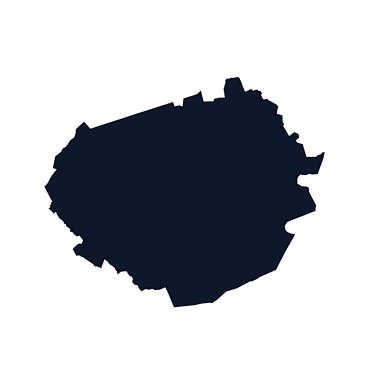 the district of San José Iturbide, Guanajuato, Mexico, rotated 335°
{"feature_id": "50627088B9670324161736", "entity_name": "San José Iturbide", "entity_type": "district", "adm_level": 2, "iso_a3": "MEX", "parent_name": "Mexico", "parent_adm1": "Guanajuato", "projection": "orthographic", "projection_center": [-100.403, 21.001], "detail": "fine", "context": "isolated", "style": "filled", "palette": "ink", "viewbox_px": 384, "rotation_deg": 335, "n_neighbors": 0, "source": "geoboundaries", "source_scale": "gbopen_adm2", "svg_char_len": 5771}
<svg xmlns="http://www.w3.org/2000/svg" viewBox="0 0 384 384"><g transform="rotate(335 192 192)"><path d="M123.3,83.6L115.7,86.0L113.8,86.7L112.2,89.8L109.4,92.8L109.1,93.4L103.8,94.4L99.1,97.4L98.6,97.5L98.1,97.8L97.6,98.4L97.4,98.9L97.1,98.7L96.5,98.5L93.1,98.8L91.6,100.4L91.2,100.7L90.4,100.8L89.7,101.2L83.6,102.6L77.0,111.4L80.1,114.1L79.7,114.6L79.0,115.1L77.8,115.8L75.7,116.7L72.8,118.2L69.1,120.6L65.9,123.2L64.3,124.2L61.3,125.3L61.7,136.4L62.2,142.6L60.4,142.6L60.2,143.5L60.0,144.0L58.9,144.5L58.1,144.7L58.4,146.1L57.7,146.3L57.0,146.8L56.1,146.8L57.0,149.1L57.5,150.0L58.0,152.2L59.0,151.5L59.7,151.7L60.6,151.9L61.0,152.1L61.0,152.5L61.1,154.3L60.7,155.6L61.2,156.4L61.3,158.6L61.6,160.0L62.0,160.3L62.5,161.6L63.4,162.9L63.2,163.7L63.8,164.4L63.9,164.8L63.6,166.0L63.7,166.5L64.6,167.4L64.7,167.7L65.1,168.0L64.8,168.4L64.9,169.0L64.5,169.4L64.6,170.2L65.3,171.1L65.6,171.5L66.2,172.9L66.2,173.4L66.3,173.7L66.5,173.9L66.8,174.0L67.0,174.3L67.3,174.8L67.2,175.8L67.1,176.0L66.6,176.1L66.1,175.6L65.9,175.6L65.8,175.9L65.9,176.4L66.9,176.8L67.6,177.5L67.7,177.9L67.5,178.2L67.7,179.2L68.6,181.5L69.0,182.2L69.5,182.9L70.0,183.2L70.7,183.1L70.7,182.4L70.8,182.1L70.9,182.3L71.1,182.4L72.0,183.1L72.4,184.1L72.5,184.9L72.9,186.2L73.0,187.2L73.4,188.6L73.5,188.7L74.0,189.2L74.6,189.4L74.8,190.0L73.3,190.3L73.1,190.9L72.6,191.0L72.1,191.5L71.1,192.1L70.1,193.0L70.0,193.8L69.5,193.4L69.1,192.7L68.6,192.3L67.6,191.7L67.0,191.7L65.3,192.1L62.8,193.0L62.5,192.9L61.9,193.3L61.1,193.6L60.5,193.9L61.0,200.4L61.5,200.2L62.6,200.9L63.1,201.1L63.6,201.3L64.3,201.9L64.6,202.3L64.8,203.3L65.4,203.2L73.2,216.3L72.9,216.4L72.9,217.0L73.0,217.2L73.1,217.6L73.9,218.1L75.0,218.8L76.4,220.4L76.9,220.8L77.4,221.6L84.4,214.8L84.9,215.2L85.2,216.0L85.5,216.2L85.5,216.9L85.6,217.1L86.4,217.9L86.7,218.6L87.0,220.1L87.4,220.9L87.4,221.2L87.6,221.5L87.6,221.9L87.4,222.1L87.8,222.4L88.1,223.4L89.4,225.2L89.8,226.1L89.9,226.8L90.7,227.3L90.7,227.9L90.5,228.6L90.5,229.2L90.7,230.3L90.6,230.6L91.1,231.8L91.2,232.5L90.9,233.2L90.7,233.4L90.7,234.3L91.2,234.0L92.3,233.9L93.0,233.6L93.3,233.3L98.9,235.0L99.5,235.7L99.6,236.0L100.3,236.4L100.6,236.8L100.5,237.0L100.1,237.9L100.0,238.5L100.5,239.0L100.4,239.4L100.4,239.7L100.8,240.3L100.7,241.1L100.8,241.6L101.5,242.0L102.1,242.1L102.8,246.3L102.5,246.7L101.3,247.3L101.1,247.6L100.9,248.2L100.7,248.5L100.7,249.4L100.7,249.5L101.5,250.4L101.5,251.4L101.7,251.6L103.0,252.4L103.5,252.5L103.9,252.9L103.9,253.1L104.0,253.1L104.2,253.7L103.9,256.2L104.6,259.7L107.1,259.8L107.8,259.5L108.7,259.5L108.8,259.6L109.2,259.7L109.3,259.6L109.5,259.7L109.9,260.2L110.2,260.3L110.6,260.3L110.8,260.6L111.3,260.9L111.5,261.4L112.6,261.9L113.2,261.7L114.6,262.1L115.7,262.7L116.5,262.8L116.5,263.0L117.3,263.5L117.2,264.1L117.1,264.3L117.4,264.5L117.9,264.9L118.5,264.7L118.9,264.8L118.9,265.2L119.0,265.3L119.4,265.0L120.8,265.9L121.2,265.8L121.5,266.2L122.0,266.2L122.9,266.2L128.4,266.3L128.2,269.7L128.5,269.8L127.7,288.3L146.7,294.9L153.9,296.5L163.4,299.8L163.2,300.2L163.8,300.4L164.4,300.1L168.3,299.7L177.8,296.8L179.9,296.2L180.8,295.9L192.4,297.5L209.0,296.7L208.6,297.5L215.0,297.6L216.0,296.9L234.9,297.3L252.3,283.9L264.7,275.2L265.4,274.5L266.3,273.9L263.7,272.1L261.5,269.8L260.2,267.5L260.0,265.7L260.4,263.3L261.1,261.4L265.5,258.6L295.5,260.5L296.3,258.7L297.3,257.5L297.6,256.8L298.1,256.5L297.9,253.7L297.4,241.4L298.8,237.5L297.4,236.0L293.4,233.7L289.7,228.3L290.9,227.6L291.6,225.6L292.3,224.3L293.5,223.0L294.7,222.2L296.1,221.9L297.2,220.7L301.0,223.4L303.1,224.2L305.5,224.1L306.6,224.5L307.5,225.3L308.8,226.3L313.3,228.0L325.4,215.8L325.5,215.3L327.1,213.5L327.2,213.2L327.9,212.4L326.6,212.0L325.3,212.9L322.5,212.8L321.0,212.6L320.5,213.1L319.5,213.3L318.7,213.1L309.9,209.1L309.8,208.7L311.7,195.7L308.0,192.6L306.5,188.8L311.5,187.2L311.7,186.4L312.0,186.2L312.0,185.8L311.9,185.0L312.0,184.7L311.8,184.3L311.5,183.5L310.7,183.4L310.5,183.1L310.3,182.4L309.8,181.8L304.0,183.1L303.3,183.1L303.1,182.8L302.8,182.7L302.9,182.2L302.0,172.0L299.5,170.7L301.8,170.4L303.1,169.3L303.3,168.5L302.8,167.0L305.4,161.1L300.8,156.9L305.0,151.3L305.5,150.8L304.5,149.4L304.9,148.9L300.6,142.8L300.2,142.9L298.8,139.8L297.5,139.7L296.3,139.2L295.3,139.3L294.9,139.3L294.2,139.4L293.9,138.7L294.1,138.8L294.5,138.8L294.9,138.4L294.7,138.3L294.5,137.8L295.0,137.3L295.0,137.0L294.8,136.7L294.3,136.1L293.5,135.6L292.0,135.2L291.9,133.9L293.7,134.1L294.2,134.3L294.2,134.5L294.4,134.7L294.8,134.8L295.0,134.7L294.8,133.9L294.7,133.6L294.7,133.2L294.8,132.9L296.2,132.0L296.2,131.5L296.1,130.9L295.8,130.5L296.0,130.0L293.9,128.4L294.0,127.6L293.5,127.3L292.8,127.1L292.7,127.1L292.8,127.4L291.5,127.4L291.5,126.8L289.6,127.2L289.2,126.1L288.8,124.5L281.6,124.4L281.6,123.8L281.9,123.4L281.6,122.8L281.8,120.5L281.8,119.5L281.9,118.0L281.9,117.4L282.0,117.2L282.0,115.8L282.2,115.6L282.3,113.4L282.4,112.4L282.3,109.4L282.4,108.6L281.6,107.8L278.2,106.9L277.9,107.0L277.1,106.7L276.9,106.8L276.4,106.4L276.0,106.0L275.4,105.7L274.9,105.6L274.6,105.7L274.3,106.1L273.9,106.2L273.4,106.2L273.3,105.8L272.4,105.1L271.6,104.8L271.2,104.8L269.9,105.4L269.9,106.0L269.6,107.0L268.1,108.8L267.3,109.4L267.2,109.7L266.4,110.7L266.1,111.3L265.9,111.3L265.1,111.9L265.0,112.3L264.7,113.0L264.0,114.8L264.5,115.4L264.2,115.6L264.0,115.9L263.6,116.4L263.0,118.6L262.1,121.4L259.9,120.4L258.8,119.8L255.4,118.5L254.6,118.5L252.1,117.8L251.8,117.9L251.6,118.0L250.5,119.1L249.5,119.8L246.7,118.3L242.6,116.5L240.2,115.7L239.9,115.7L241.0,109.5L242.0,104.9L238.5,106.1L238.2,106.2L224.1,104.5L219.9,111.8L219.1,111.0L216.4,109.0L216.6,108.8L214.4,108.4L211.5,107.7L211.7,106.7L211.6,106.1L211.8,105.0L211.6,104.8L212.0,103.1L175.2,98.4L127.0,92.5L126.1,92.5L123.3,83.6Z" fill="#0f172a" stroke="#020617" stroke-width="1.5"/></g></svg>